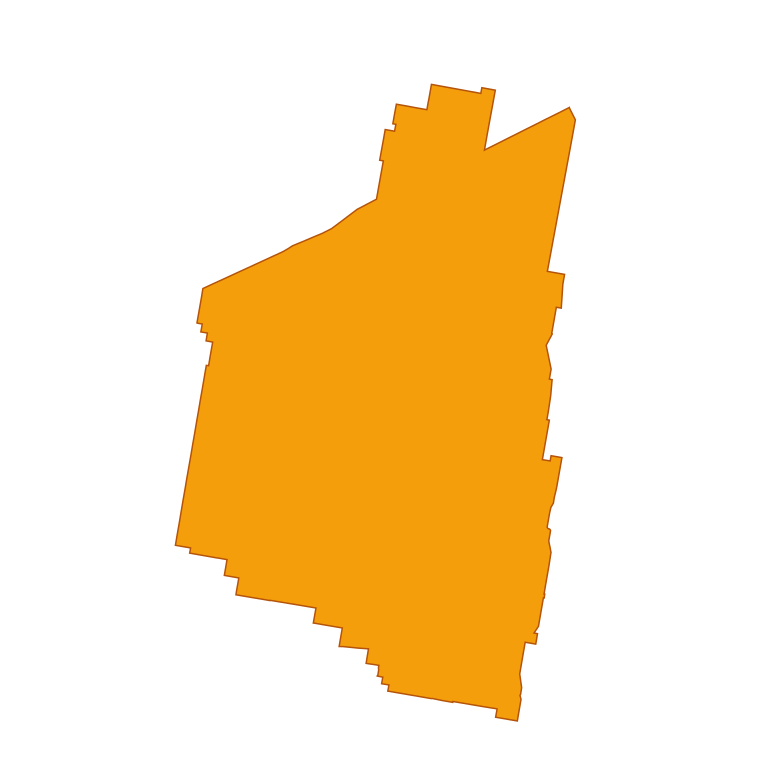 outline of Narembeen, Western Australia, Australia, rotated 280°
{"feature_id": "25037944B21858000962433", "entity_name": "Narembeen", "entity_type": "district", "adm_level": 2, "iso_a3": "AUS", "parent_name": "Australia", "parent_adm1": "Western Australia", "projection": "albers", "projection_center": [118.572, -32.022], "detail": "fine", "context": "isolated", "style": "filled", "palette": "amber", "viewbox_px": 768, "rotation_deg": 280, "n_neighbors": 0, "source": "geoboundaries", "source_scale": "gbopen_adm2", "svg_char_len": 3807}
<svg xmlns="http://www.w3.org/2000/svg" viewBox="0 0 768 768"><g transform="rotate(280 384 384)"><path d="M83.5,537.9L83.7,551.2L83.6,551.8L75.2,551.8L75.3,573.8L97.3,573.7L101.1,571.9L101.7,572.4L108.8,572.3L122.0,568.0L142.8,567.9L154.2,567.9L154.2,578.6L157.2,578.6L157.7,578.6L157.8,578.6L164.8,578.5L164.8,575.0L172.2,578.2L201.1,578.1L201.1,578.9L205.0,578.8L205.0,578.0L205.5,578.1L216.1,578.0L225.6,578.0L233.3,578.0L247.0,577.7L247.3,577.7L247.9,577.4L252.0,575.9L255.6,574.4L257.6,573.7L258.0,573.6L258.3,573.5L262.6,573.5L265.2,573.5L266.2,573.5L267.3,573.5L267.7,573.5L267.9,573.5L268.2,573.5L268.4,573.5L268.6,573.4L268.9,573.3L269.1,573.2L269.3,573.0L269.5,572.8L269.6,572.6L269.8,572.4L269.9,572.2L270.0,571.8L270.0,571.6L270.0,571.3L270.0,571.1L270.1,570.9L270.1,570.7L270.3,570.4L270.6,570.1L270.9,569.8L271.0,569.7L271.5,569.5L271.9,569.5L272.2,569.5L272.4,569.5L272.9,569.5L273.7,569.5L277.0,569.5L282.3,569.5L285.8,569.5L290.0,569.7L291.4,569.8L291.7,569.9L292.6,570.2L295.8,571.4L296.0,571.4L296.1,571.5L296.3,571.5L301.9,571.4L309.8,571.9L313.5,572.0L337.6,572.0L342.4,572.0L342.4,561.0L337.1,561.0L337.0,553.1L377.1,553.1L377.2,550.5L377.5,550.6L385.4,550.6L401.4,550.2L417.5,548.8L417.5,546.0L420.1,546.0L427.7,546.0L450.3,537.0L456.4,539.0L462.5,541.0L462.8,540.8L462.9,540.4L489.5,540.4L489.5,545.4L513.3,542.8L523.3,542.8L523.3,525.3L533.2,525.4L579.3,525.8L645.2,526.4L659.8,526.5L677.4,526.6L688.1,518.6L688.5,518.5L681.3,508.9L671.8,496.0L665.4,487.5L660.6,481.0L631.8,442.3L646.8,442.3L663.9,442.4L677.4,442.5L692.7,442.6L692.7,441.6L692.8,428.9L687.0,428.9L687.3,378.7L672.0,378.7L668.9,378.6L661.6,378.6L661.6,369.1L661.6,368.8L661.6,367.5L661.7,358.4L661.7,347.6L651.9,347.5L641.8,347.5L641.8,350.6L634.8,350.5L634.8,346.5L634.8,341.0L628.5,341.0L628.2,341.0L625.0,341.0L603.6,340.9L603.6,344.6L564.6,344.5L564.4,344.2L562.6,341.8L551.4,327.3L547.0,323.2L535.9,312.9L529.3,306.7L528.0,305.5L523.2,299.1L521.6,297.0L518.3,291.8L515.0,286.7L510.0,279.0L504.3,270.0L500.5,265.9L498.9,264.0L497.2,262.0L495.3,259.4L494.4,258.0L493.4,256.7L491.6,254.0L486.1,246.1L482.5,240.9L481.5,239.5L480.7,238.3L472.8,226.9L469.2,221.7L467.2,218.8L463.5,213.5L454.2,200.0L446.6,189.1L443.5,189.1L437.4,189.2L434.4,189.2L430.7,189.2L427.0,189.2L421.0,189.2L415.5,189.2L413.5,189.2L411.6,189.2L411.5,189.4L411.5,190.1L411.5,191.8L411.5,194.6L403.5,194.6L403.5,201.2L395.6,201.3L395.5,208.0L381.7,208.0L371.6,208.1L371.5,205.8L369.8,205.8L364.7,205.8L347.8,205.9L336.4,205.9L324.9,206.0L313.8,206.0L302.6,206.1L291.4,206.1L280.2,206.2L268.7,206.2L257.1,206.2L245.7,206.3L234.4,206.3L222.9,206.4L211.6,206.5L200.3,206.5L200.1,206.5L188.9,206.6L189.0,222.0L185.8,222.0L183.7,222.0L183.7,224.5L183.7,226.4L183.7,229.1L183.7,232.9L183.7,235.7L183.7,237.1L183.7,240.1L183.7,241.7L183.7,242.5L183.7,245.6L183.7,248.8L183.8,251.9L183.8,253.7L183.8,255.8L183.8,259.7L183.8,259.9L167.8,260.0L167.8,261.5L167.8,272.3L167.8,274.6L166.5,274.7L164.2,274.7L162.3,274.7L159.0,274.7L156.4,274.7L153.5,274.7L151.7,274.8L150.9,274.8L150.7,274.8L150.8,292.5L150.9,301.7L150.9,309.2L151.0,309.2L151.2,309.3L151.3,321.2L151.5,339.8L151.5,344.2L151.6,355.9L149.5,355.9L147.1,355.9L145.4,355.9L144.4,355.9L143.2,355.9L142.0,355.9L139.9,355.9L139.2,355.9L137.9,355.9L136.3,355.9L136.4,357.3L136.4,357.5L136.4,357.9L136.4,358.1L136.4,358.4L136.4,360.1L136.4,362.7L136.4,364.4L136.4,366.3L136.4,366.9L136.5,384.5L136.5,385.3L117.7,385.4L118.3,389.5L119.0,398.6L119.4,404.1L120.5,414.7L105.8,414.9L105.8,417.2L106.0,423.4L106.0,427.8L103.6,427.8L101.5,428.4L96.8,428.5L96.5,428.6L95.4,428.0L95.2,428.0L95.1,433.7L88.4,433.7L88.5,440.8L88.4,440.8L88.4,441.1L82.2,441.1L82.3,460.2L82.4,485.3L82.7,486.1L82.4,495.7L82.4,498.9L82.4,507.0L83.3,507.0L83.5,537.9Z" fill="#f59e0b" stroke="#b45309" stroke-width="1.5"/></g></svg>